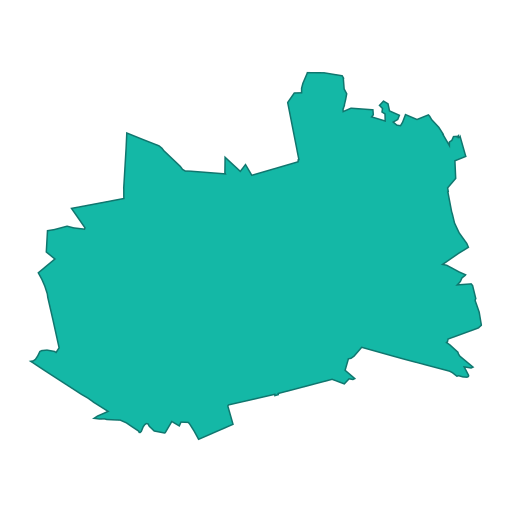 outline of Harare, Harare, Zimbabwe
{"feature_id": "62879985B33947363062254", "entity_name": "Harare", "entity_type": "district", "adm_level": 2, "iso_a3": "ZWE", "parent_name": "Zimbabwe", "parent_adm1": "Harare", "projection": "mercator", "projection_center": [31.083, -17.799], "detail": "fine", "context": "isolated", "style": "filled", "palette": "teal", "viewbox_px": 512, "rotation_deg": 0, "n_neighbors": 0, "source": "geoboundaries", "source_scale": "gbopen_adm2", "svg_char_len": 2996}
<svg xmlns="http://www.w3.org/2000/svg" viewBox="0 0 512 512"><path d="M456.9,376.2L458.6,375.7L462.9,376.9L467.0,377.2L468.4,376.5L468.6,375.4L464.2,366.9L471.1,368.0L473.0,367.1L472.5,366.7L459.8,356.1L458.4,353.9L457.9,352.2L450.0,345.0L446.5,342.5L447.4,341.7L447.5,341.6L447.7,340.5L448.1,339.0L478.5,327.9L478.9,327.5L479.5,326.9L481.3,325.3L481.3,325.2L481.3,324.8L479.2,312.2L476.6,304.7L475.2,300.8L475.2,299.7L475.8,298.7L472.6,285.6L471.2,283.9L457.2,284.9L458.6,283.5L460.4,281.4L461.9,278.0L465.0,275.5L465.3,275.2L465.6,274.8L459.0,271.9L446.8,265.3L442.6,264.4L458.5,253.4L468.4,247.3L466.8,243.5L459.1,232.8L454.5,223.0L452.6,215.0L452.3,213.9L451.6,211.6L448.1,193.2L447.7,192.1L448.3,191.7L447.6,187.9L455.7,178.4L455.6,176.6L454.9,160.8L465.8,156.4L465.4,155.2L460.1,136.5L459.6,137.4L458.4,137.6L458.4,135.7L457.0,136.9L456.5,136.4L453.5,136.6L451.8,140.4L449.4,142.0L449.4,145.6L442.9,134.4L443.2,134.2L438.8,127.3L431.6,119.6L429.7,116.3L428.4,114.9L417.0,119.5L405.5,114.6L402.6,122.2L400.5,125.7L396.9,125.2L393.2,122.1L397.7,119.5L399.4,115.3L389.5,110.9L388.0,103.8L383.5,101.1L379.5,105.4L382.5,108.5L382.0,112.0L385.0,113.9L385.2,121.0L371.6,116.9L373.3,114.8L372.9,109.8L351.0,108.2L343.2,111.6L343.2,111.3L343.2,111.1L343.0,109.8L343.0,109.4L343.2,109.1L343.2,108.9L343.2,108.6L343.4,108.5L343.4,108.1L344.4,105.5L344.4,104.7L345.7,99.2L346.7,93.8L344.1,88.9L344.1,88.5L343.3,78.2L343.5,78.1L342.2,75.8L324.0,72.8L307.4,72.7L307.4,72.8L302.9,83.3L301.6,88.2L301.6,92.8L294.3,93.0L287.9,102.2L287.7,102.6L296.9,149.4L297.2,151.1L298.9,159.6L298.2,159.8L298.1,161.8L251.8,175.3L245.5,164.6L240.3,171.4L225.1,157.3L224.9,172.7L225.4,173.9L190.6,171.2L188.1,171.1L185.4,171.1L182.5,169.4L180.3,166.4L163.8,150.7L162.0,148.3L159.1,145.9L142.1,139.2L126.8,133.0L126.1,148.2L123.8,186.9L123.7,188.1L123.8,188.6L123.8,196.1L123.9,198.5L122.9,198.7L71.5,208.4L85.0,227.8L84.5,229.2L83.9,229.1L73.7,227.9L67.1,226.2L54.3,229.6L47.5,230.7L46.3,252.0L54.9,259.0L38.3,272.8L41.9,279.4L44.8,286.1L47.3,293.8L47.8,297.5L53.0,320.1L59.1,347.8L57.0,351.0L56.1,352.5L54.6,351.5L52.6,351.1L47.0,350.1L41.7,350.6L39.9,351.5L37.8,355.8L35.5,359.3L33.3,360.9L30.7,361.3L44.3,370.3L80.9,394.0L81.4,394.3L81.9,394.6L87.8,398.0L94.4,402.8L95.0,403.1L108.1,411.4L97.6,416.0L94.1,418.3L99.6,419.0L104.6,418.9L106.8,419.5L115.0,419.9L120.2,420.1L126.3,422.8L130.8,425.9L138.6,431.1L139.2,432.4L140.1,432.5L141.3,431.4L143.2,426.8L144.7,424.7L146.2,423.6L146.7,423.6L148.0,423.9L148.2,424.2L149.3,426.3L154.2,431.0L164.5,433.0L165.2,432.7L171.8,421.5L179.3,425.9L180.3,423.6L181.0,422.1L188.3,422.4L189.8,424.2L194.2,431.2L198.6,439.3L233.0,424.3L227.8,406.0L228.5,404.9L274.8,394.3L274.9,395.6L278.3,394.6L278.1,393.5L332.1,379.3L344.3,383.9L349.1,378.8L352.9,379.5L354.8,378.6L354.7,378.5L345.1,370.3L348.4,358.8L351.0,358.3L354.0,356.2L361.7,347.3L393.8,356.3L398.2,357.5L402.8,358.8L444.8,369.9L449.6,371.2L452.3,372.6L456.9,376.2Z" fill="#14b8a6" stroke="#0f766e" stroke-width="1.5"/></svg>